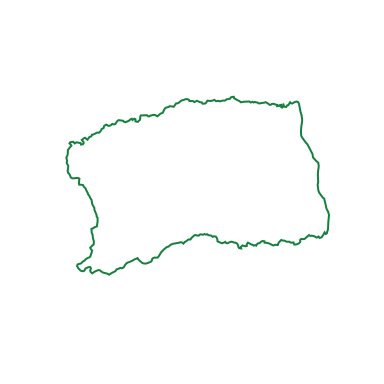 the district of Estreito, Maranhão, Brazil, rotated 151°
{"feature_id": "56859067B74339970146751", "entity_name": "Estreito", "entity_type": "district", "adm_level": 2, "iso_a3": "BRA", "parent_name": "Brazil", "parent_adm1": "Maranhão", "projection": "albers", "projection_center": [-47.169, -6.764], "detail": "fine", "context": "isolated", "style": "outline", "palette": "green", "viewbox_px": 384, "rotation_deg": 151, "n_neighbors": 0, "source": "geoboundaries", "source_scale": "gbopen_adm2", "svg_char_len": 5294}
<svg xmlns="http://www.w3.org/2000/svg" viewBox="0 0 384 384"><g transform="rotate(151 192 192)"><path d="M79.6,122.2L80.3,123.6L80.5,125.0L81.1,129.8L80.8,131.8L78.7,137.3L76.6,139.8L74.9,143.5L72.9,147.2L70.7,150.4L69.6,151.7L68.4,153.6L67.4,156.4L68.3,158.9L69.4,163.5L68.2,166.8L67.9,177.5L68.6,180.9L69.0,183.9L69.3,187.1L69.1,188.4L67.5,191.9L64.5,196.5L61.7,200.0L60.5,202.0L59.0,205.9L58.3,209.3L55.9,216.5L55.6,217.7L55.7,219.3L56.8,220.5L59.3,220.9L61.0,220.7L62.3,221.4L62.7,222.9L64.0,222.2L65.7,221.3L66.9,221.6L68.3,220.7L70.1,221.9L69.7,223.7L72.3,222.2L73.1,224.0L71.7,225.0L72.8,225.4L74.8,225.3L75.9,225.8L75.2,226.9L76.3,227.7L77.3,229.0L78.6,230.0L79.7,230.3L80.9,230.1L81.9,230.7L82.6,232.5L84.0,234.8L85.8,235.2L88.2,236.2L90.1,236.7L90.9,237.5L91.5,238.7L92.5,239.3L93.4,240.3L94.7,240.4L95.4,241.6L97.2,241.8L98.1,243.5L99.3,244.0L101.8,245.3L103.7,246.1L105.8,246.8L106.4,248.5L107.8,250.4L108.9,252.2L109.7,253.6L109.3,255.0L110.6,255.6L112.2,255.9L113.5,255.2L114.9,255.6L116.9,256.3L118.1,256.0L119.3,256.2L120.8,257.1L123.7,257.7L124.5,258.8L127.0,259.8L127.8,261.8L129.4,261.9L132.0,262.8L134.2,264.4L136.7,263.1L138.1,263.1L140.0,264.2L140.0,265.6L141.4,266.6L143.5,269.4L146.3,269.5L146.9,270.9L150.1,272.8L150.0,274.1L151.0,275.4L152.6,276.3L154.4,276.5L156.4,277.1L158.6,276.9L160.3,276.5L161.5,276.5L163.0,277.2L165.1,276.1L166.6,275.4L169.9,277.9L171.3,277.7L173.5,278.3L174.8,278.3L176.4,277.5L179.2,275.5L180.3,275.6L181.5,275.8L185.6,275.0L186.7,276.9L187.8,277.9L189.8,278.6L191.5,278.9L192.8,278.9L193.8,279.7L194.3,281.1L196.6,282.2L199.7,283.8L201.1,282.6L201.6,281.4L202.5,280.4L205.4,279.6L207.2,281.2L206.2,283.1L206.9,284.1L209.1,283.8L209.1,285.2L210.6,285.4L212.4,284.9L213.9,285.0L216.6,285.4L217.4,286.4L217.8,287.8L219.7,289.2L221.3,290.4L222.5,290.4L224.3,289.6L226.2,288.6L227.6,289.0L228.8,290.2L230.9,289.7L232.9,290.2L234.3,292.5L236.8,292.4L238.5,290.7L240.3,291.0L241.4,290.1L242.6,289.5L244.2,288.9L246.4,290.0L250.5,290.1L251.8,290.6L253.1,289.5L255.2,289.8L258.1,288.4L259.3,291.3L260.7,291.4L263.1,291.0L263.0,289.7L262.6,288.3L263.1,287.2L264.3,286.7L266.0,287.2L265.7,288.7L269.0,291.5L271.0,291.3L271.5,293.5L273.2,294.2L274.7,294.5L275.6,293.8L275.1,292.7L275.0,291.0L276.9,290.4L278.6,289.6L280.2,288.9L281.9,286.0L282.9,284.7L285.3,282.9L286.1,279.8L287.3,278.5L287.6,277.2L287.5,275.0L289.4,271.9L290.5,271.0L291.1,268.9L290.6,267.1L290.7,265.4L291.0,263.5L290.0,262.0L289.1,261.4L287.3,260.7L284.9,259.6L284.0,258.2L284.9,257.1L286.7,254.4L287.1,253.1L285.7,252.3L284.0,250.9L284.0,248.8L283.4,247.0L283.5,245.8L283.7,244.6L283.6,242.0L284.0,240.6L283.7,238.3L283.9,236.8L283.7,233.7L285.0,230.2L285.2,228.2L285.1,225.4L286.0,223.8L286.6,218.3L287.3,216.7L287.0,215.4L288.8,212.1L290.4,210.0L291.9,208.0L294.4,208.4L296.0,208.2L297.8,208.5L299.5,204.9L299.7,202.7L301.0,199.8L301.7,196.5L303.4,193.8L305.1,193.5L308.0,192.6L308.2,191.3L307.7,189.3L308.7,188.3L309.5,187.2L310.4,186.7L312.2,184.9L313.4,184.6L315.4,184.9L317.6,184.7L319.2,184.1L321.2,184.1L323.7,183.3L325.9,183.9L327.2,184.1L328.4,183.1L328.4,180.2L327.6,177.3L326.8,176.4L325.3,175.3L324.0,175.5L323.0,176.4L321.9,176.7L319.0,176.5L317.4,175.6L317.4,174.2L319.2,172.6L319.4,171.2L318.7,169.2L316.1,169.5L313.6,169.4L311.6,169.0L310.6,168.3L309.9,166.6L309.1,164.9L306.0,162.0L304.5,159.8L303.2,159.9L301.7,160.1L298.0,159.9L296.9,160.1L295.6,160.9L293.6,160.5L291.7,160.4L290.3,159.3L289.2,159.2L288.1,159.3L286.8,160.1L284.4,161.3L282.7,161.5L280.6,161.1L279.3,161.0L276.7,160.8L275.1,161.0L273.8,160.7L271.7,160.6L271.6,158.8L271.0,157.0L270.1,154.5L269.0,153.0L267.2,151.8L266.1,151.5L262.3,151.0L261.1,151.1L260.0,151.9L258.9,153.0L256.7,152.9L255.8,152.3L253.9,151.3L252.1,152.0L248.1,154.3L246.5,154.7L244.9,155.3L240.6,156.1L238.9,155.6L237.5,156.0L235.9,156.2L233.6,155.9L230.0,154.6L227.5,153.8L226.2,153.6L225.2,152.6L224.5,151.0L222.4,151.9L220.9,151.7L219.6,152.0L218.1,152.2L216.4,151.2L214.6,152.1L211.2,152.9L210.0,152.8L208.6,151.4L207.2,150.6L205.4,151.0L204.0,150.1L203.2,149.3L201.4,149.1L200.7,148.1L199.2,147.7L198.7,146.4L197.8,145.6L196.4,144.7L195.6,142.7L194.4,142.7L192.8,141.5L192.6,139.3L192.9,138.0L193.6,136.5L192.6,135.1L191.5,133.7L190.6,132.6L188.8,132.3L187.1,132.3L186.8,130.8L185.7,129.9L183.5,129.9L181.9,129.6L180.5,128.5L179.6,127.2L178.3,126.4L177.5,124.8L177.6,122.7L178.1,121.5L178.0,120.1L176.4,118.8L176.1,120.2L173.8,120.8L171.7,118.7L170.3,118.2L169.5,119.7L167.7,120.6L166.1,118.3L165.5,117.2L164.7,116.6L164.0,115.2L162.5,114.9L161.9,114.0L161.0,114.6L159.3,115.1L157.8,114.6L155.9,115.0L154.2,115.0L152.5,113.7L153.1,112.5L151.1,111.2L149.8,109.9L148.8,108.8L148.2,107.7L146.8,105.8L144.7,105.5L142.7,104.0L141.5,105.2L140.1,105.9L137.1,106.8L136.2,105.5L134.7,104.7L133.7,103.0L132.3,102.0L130.9,101.3L130.4,100.1L129.2,99.2L127.7,98.7L128.0,96.4L126.2,95.6L124.7,95.3L122.9,95.3L121.4,96.0L120.7,97.6L119.3,98.0L118.0,97.1L116.4,96.4L114.0,96.9L110.5,97.6L109.9,96.3L108.7,95.8L107.0,94.6L106.0,93.3L105.1,91.7L102.9,91.7L102.7,90.0L100.6,89.5L97.8,91.0L95.6,92.4L95.4,90.4L94.2,90.4L93.0,91.8L91.7,92.8L90.4,94.6L87.3,99.7L83.3,105.5L83.0,106.6L82.8,107.8L82.5,108.8L82.5,110.8L82.4,112.4L82.0,113.8L81.5,115.3L81.1,116.7L80.1,120.4L79.6,122.2Z" fill="none" stroke="#15803d" stroke-width="2"/></g></svg>